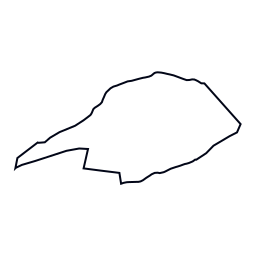 Lastic Hill, Castries, Saint Lucia (Albers equal-area conic projection)
{"feature_id": "8701671B98117918076450", "entity_name": "Lastic Hill", "entity_type": "district", "adm_level": 2, "iso_a3": "LCA", "parent_name": "Saint Lucia", "parent_adm1": "Castries", "projection": "albers", "projection_center": [-60.983, 14.008], "detail": "fine", "context": "isolated", "style": "outline", "palette": "ink", "viewbox_px": 256, "rotation_deg": 0, "n_neighbors": 0, "source": "geoboundaries", "source_scale": "gbopen_adm2", "svg_char_len": 1244}
<svg xmlns="http://www.w3.org/2000/svg" viewBox="0 0 256 256"><path d="M15.4,168.2L15.8,167.8L21.9,164.9L35.1,161.0L66.5,150.8L79.2,148.5L88.0,149.0L83.6,168.4L100.7,170.6L119.4,172.9L121.1,183.7L123.4,182.9L125.3,182.5L126.9,182.2L128.8,182.1L135.8,181.9L138.2,181.9L140.6,181.4L143.0,180.2L146.3,177.8L149.8,175.6L151.6,174.3L154.7,172.9L157.6,172.7L159.7,173.1L163.7,172.2L165.3,171.5L168.6,169.8L170.8,168.7L172.9,168.0L175.9,167.0L177.7,166.5L180.5,165.6L182.9,164.7L184.9,164.0L186.5,163.7L188.9,163.0L192.7,161.4L195.2,159.6L196.3,159.7L206.2,153.2L213.5,145.7L229.7,136.1L237.0,132.4L240.6,124.1L204.4,83.4L201.3,83.3L198.0,81.2L196.0,80.2L194.3,79.5L192.1,79.4L189.3,80.0L186.6,80.1L183.4,79.0L178.3,77.1L173.7,75.4L169.6,74.4L167.2,73.9L164.3,73.2L161.2,72.6L157.6,72.3L156.0,72.5L154.5,73.0L152.8,74.4L151.4,75.6L149.0,76.6L145.0,77.5L143.0,77.8L138.6,78.9L131.7,80.8L127.6,81.4L123.2,83.1L119.2,84.6L117.1,85.5L113.4,86.6L110.5,88.3L106.4,92.2L105.2,94.1L103.9,97.2L102.8,99.6L101.9,102.2L100.2,104.1L97.7,105.9L94.7,107.8L93.3,109.2L92.0,112.4L91.2,114.0L90.8,114.4L90.5,115.0L83.8,120.1L75.2,125.7L59.6,132.1L50.1,137.7L44.8,142.3L38.5,142.8L37.7,142.5L17.4,158.0L15.4,168.2Z" fill="none" stroke="#020617" stroke-width="2"/></svg>